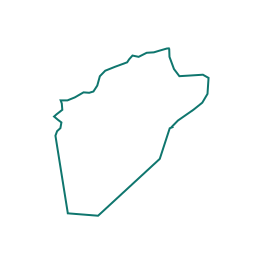 Åmål, Västra Götaland, Sweden, rotated 60°
{"feature_id": "70781695B68260395604399", "entity_name": "Åmål", "entity_type": "district", "adm_level": 2, "iso_a3": "SWE", "parent_name": "Sweden", "parent_adm1": "Västra Götaland", "projection": "mercator", "projection_center": [12.59, 58.965], "detail": "fine", "context": "isolated", "style": "outline", "palette": "teal", "viewbox_px": 256, "rotation_deg": 60, "n_neighbors": 0, "source": "geoboundaries", "source_scale": "gbopen_adm2", "svg_char_len": 685}
<svg xmlns="http://www.w3.org/2000/svg" viewBox="0 0 256 256"><g transform="rotate(60 128 128)"><path d="M79.8,52.1L78.6,54.6L76.5,63.1L75.4,67.8L72.2,74.2L71.7,83.2L67.5,87.9L69.1,92.7L70.7,95.9L68.5,108.6L67.0,119.1L69.1,126.5L75.9,133.4L79.1,139.7L78.1,144.0L74.9,148.7L74.9,158.8L73.8,166.7L70.4,172.5L73.7,173.1L79.4,175.8L80.4,182.9L81.1,186.3L85.8,184.6L89.9,182.9L94.3,186.6L95.3,191.0L98.4,194.7L171.1,222.5L171.8,222.8L189.0,197.8L189.0,197.7L170.6,115.9L149.1,92.0L149.5,89.2L148.8,89.3L146.5,81.0L144.9,62.1L143.2,51.0L138.2,42.1L124.9,33.2L119.3,36.5L112.1,51.0L108.8,57.6L99.9,58.7L87.1,56.5L79.8,52.6L79.8,52.1Z" fill="none" stroke="#0f766e" stroke-width="2"/></g></svg>